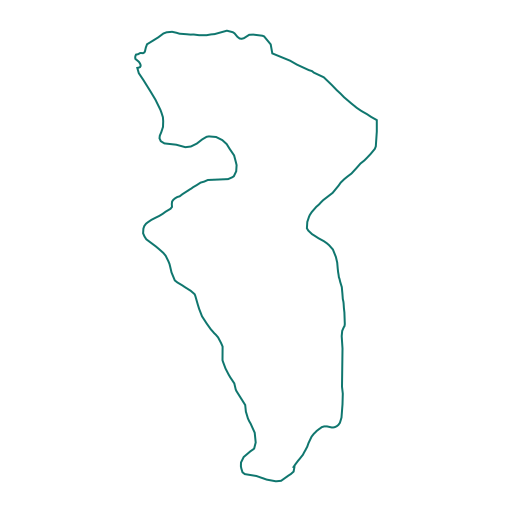 San Miguel Chicaj, Baja Verapaz, Guatemala (orthographic projection)
{"feature_id": "79465075B93573685997449", "entity_name": "San Miguel Chicaj", "entity_type": "district", "adm_level": 2, "iso_a3": "GTM", "parent_name": "Guatemala", "parent_adm1": "Baja Verapaz", "projection": "orthographic", "projection_center": [-90.423, 15.141], "detail": "fine", "context": "isolated", "style": "outline", "palette": "teal", "viewbox_px": 512, "rotation_deg": 0, "n_neighbors": 0, "source": "geoboundaries", "source_scale": "gbopen_adm2", "svg_char_len": 3510}
<svg xmlns="http://www.w3.org/2000/svg" viewBox="0 0 512 512"><path d="M137.3,67.9L138.8,73.2L143.3,79.9L150.4,91.3L155.4,99.6L160.4,109.8L161.5,112.8L162.9,117.2L163.2,121.2L163.0,126.9L161.3,132.1L159.8,135.7L159.5,138.3L160.8,141.2L164.4,143.4L176.2,144.7L185.4,147.2L190.9,146.5L196.8,143.6L202.2,139.4L206.6,136.8L208.9,136.4L216.1,137.0L222.3,140.1L226.7,144.1L229.6,148.8L234.1,155.4L236.0,162.6L236.6,165.2L236.2,171.3L233.8,176.3L232.0,177.4L228.1,179.1L207.8,180.0L204.2,181.6L200.6,182.6L196.6,185.2L193.1,187.2L191.4,188.5L190.0,189.3L182.4,194.2L179.7,196.3L177.3,197.0L175.1,198.3L173.3,199.8L172.1,201.5L171.8,204.1L172.0,206.9L170.5,208.8L165.6,211.7L162.6,213.9L159.3,215.9L155.8,217.6L151.5,219.8L147.8,222.3L146.0,223.7L144.3,226.0L143.4,228.6L143.1,233.3L144.5,236.5L146.3,239.3L155.8,246.4L158.8,248.9L163.4,253.0L165.7,255.8L168.5,261.5L169.5,264.0L170.1,266.4L171.5,272.4L174.8,280.4L177.3,282.4L182.5,285.5L183.8,286.4L185.3,287.4L190.7,290.8L193.5,293.2L194.7,294.3L195.4,296.2L197.8,304.6L199.1,308.8L202.0,316.3L206.6,323.4L210.8,329.3L213.1,331.9L214.2,333.2L215.8,334.7L218.1,337.4L221.1,343.1L222.6,346.6L222.5,360.2L222.9,361.5L223.3,362.6L225.5,368.5L228.7,374.7L229.6,376.2L230.1,377.1L234.3,383.4L235.7,389.4L236.4,391.0L245.2,405.0L245.9,411.8L246.3,413.0L247.9,418.4L249.2,421.2L250.6,423.6L254.7,432.7L255.7,442.5L254.2,448.4L253.7,449.0L250.4,451.3L243.7,457.0L241.0,462.5L240.9,466.3L241.3,468.4L242.5,472.3L244.8,474.1L256.4,476.0L266.7,479.6L275.9,481.3L281.1,480.8L288.4,475.6L290.9,474.0L293.6,471.6L294.4,467.1L293.6,466.9L295.6,464.0L298.1,460.7L299.8,458.7L301.2,456.9L302.9,454.8L303.7,453.2L304.4,451.9L305.5,450.0L306.1,448.8L307.2,446.8L308.5,443.1L311.6,436.6L313.9,433.7L315.4,432.3L316.6,431.0L319.2,429.0L320.8,427.9L321.6,427.2L324.2,426.4L327.0,426.4L331.9,427.5L333.8,427.4L335.4,426.9L336.9,426.1L338.4,424.9L339.9,422.8L340.8,419.9L341.5,417.5L342.5,404.3L342.8,393.7L342.0,386.7L342.5,348.6L341.7,336.1L342.2,330.9L343.0,329.0L343.8,327.2L344.5,326.1L344.8,324.1L344.4,312.5L343.9,308.0L343.6,303.4L343.4,301.7L342.8,299.0L342.4,293.6L341.8,287.1L340.2,281.9L339.9,280.6L339.5,278.9L338.9,277.3L338.6,275.0L338.1,272.0L337.7,268.3L337.2,262.6L335.9,257.0L332.9,249.5L329.1,245.2L326.9,243.3L325.9,242.6L323.9,241.2L318.4,238.2L316.1,236.7L313.6,235.1L312.1,234.2L308.3,230.6L306.9,228.3L307.3,221.9L309.0,216.8L309.8,215.0L311.7,212.1L316.4,206.7L317.4,205.9L319.3,204.2L320.8,202.5L323.1,200.2L332.6,192.9L338.6,185.6L340.7,182.6L344.2,179.2L347.4,176.6L351.5,173.5L356.1,168.5L360.5,163.5L364.3,160.5L366.6,158.2L370.5,154.1L374.8,148.9L375.8,146.4L376.8,131.6L376.8,120.1L371.1,116.9L366.9,114.1L362.8,111.8L360.8,110.6L356.7,107.8L351.4,103.5L346.1,99.0L344.0,97.2L340.6,93.7L336.7,90.1L331.7,84.9L323.8,77.3L313.8,72.6L312.0,71.1L310.7,70.7L308.8,70.1L296.9,64.6L290.1,60.7L272.3,53.4L270.7,44.4L264.1,36.4L263.1,36.0L262.2,35.7L253.2,34.6L249.2,34.8L243.9,38.2L241.6,38.8L239.6,38.5L237.4,36.8L234.5,33.3L232.8,32.2L226.9,30.7L214.6,34.1L211.1,34.4L206.6,35.2L199.1,35.2L193.6,34.5L190.5,34.6L186.2,34.2L179.5,33.7L176.6,32.8L172.1,31.8L166.6,32.3L163.4,33.5L158.2,37.4L147.0,44.3L146.6,45.5L145.9,47.3L145.4,49.4L145.0,51.2L144.4,52.4L143.0,53.2L142.1,53.1L140.7,53.0L139.8,53.2L139.0,53.7L137.8,54.3L137.0,54.4L136.0,54.6L135.5,55.8L135.3,56.5L135.2,57.8L135.4,58.9L136.3,59.7L136.9,60.1L137.4,60.6L138.2,61.2L139.1,62.1L140.1,63.7L140.6,65.1L140.6,66.0L140.0,67.1L138.8,67.6L137.3,67.9Z" fill="none" stroke="#0f766e" stroke-width="2"/></svg>